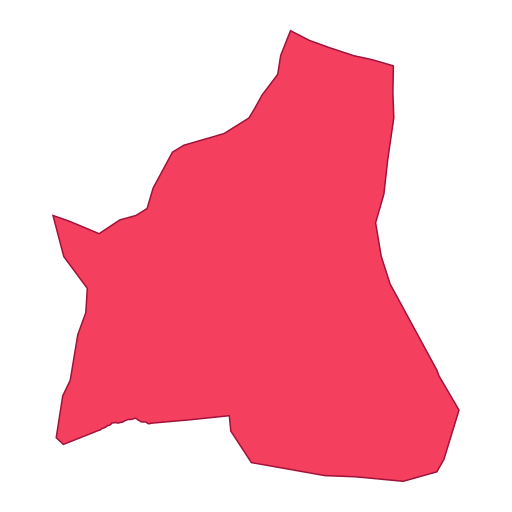 Guchin-Us, Övörhangay, Mongolia
{"feature_id": "93677404B94163946721302", "entity_name": "Guchin-Us", "entity_type": "district", "adm_level": 2, "iso_a3": "MNG", "parent_name": "Mongolia", "parent_adm1": "Övörhangay", "projection": "equal_earth", "projection_center": [102.189, 45.34], "detail": "fine", "context": "isolated", "style": "filled", "palette": "rose", "viewbox_px": 512, "rotation_deg": 0, "n_neighbors": 0, "source": "geoboundaries", "source_scale": "gbopen_adm2", "svg_char_len": 1321}
<svg xmlns="http://www.w3.org/2000/svg" viewBox="0 0 512 512"><path d="M56.2,437.7L63.4,444.4L99.6,430.0L100.5,429.9L101.8,428.6L102.6,428.2L103.8,428.0L104.5,427.7L105.2,427.3L106.0,427.0L106.5,426.6L106.9,426.1L107.2,425.7L108.3,425.6L108.9,425.4L109.7,425.1L110.8,424.5L111.3,423.6L112.1,422.9L113.6,422.9L114.8,422.7L115.6,422.5L116.3,422.7L116.9,423.0L117.6,423.0L118.6,422.9L119.4,422.8L120.3,422.5L121.5,422.3L122.7,422.1L123.5,421.5L124.6,420.9L125.5,420.5L127.1,419.9L128.5,419.4L129.6,419.6L132.8,419.1L133.8,418.6L134.8,418.3L135.6,418.4L137.1,419.1L137.6,419.6L138.6,420.4L139.3,420.6L140.0,421.0L140.8,421.7L142.0,421.9L143.1,422.0L144.5,421.9L145.4,421.9L147.2,423.0L148.2,423.6L149.2,423.8L151.3,423.2L190.0,419.8L229.3,415.7L230.8,431.1L251.4,462.6L324.8,475.6L355.4,476.8L403.1,481.3L436.9,471.8L443.9,459.4L459.0,410.1L439.0,375.9L436.9,370.2L390.1,284.0L381.2,256.2L375.6,222.8L383.9,194.0L387.7,159.9L393.8,117.9L392.9,92.5L393.4,65.9L372.3,59.7L353.8,55.7L328.4,47.3L309.4,40.4L290.5,30.7L280.7,55.4L277.7,74.4L262.1,95.0L254.6,108.6L248.9,118.0L223.9,133.6L183.9,145.2L172.5,152.1L153.1,188.1L147.1,208.5L135.9,215.5L119.8,219.9L99.1,233.7L69.1,221.1L53.0,215.5L63.8,256.6L87.3,288.4L85.8,312.7L77.8,334.6L70.2,380.3L62.7,396.0L56.2,437.7Z" fill="#f43f5e" stroke="#9f1239" stroke-width="1.5"/></svg>